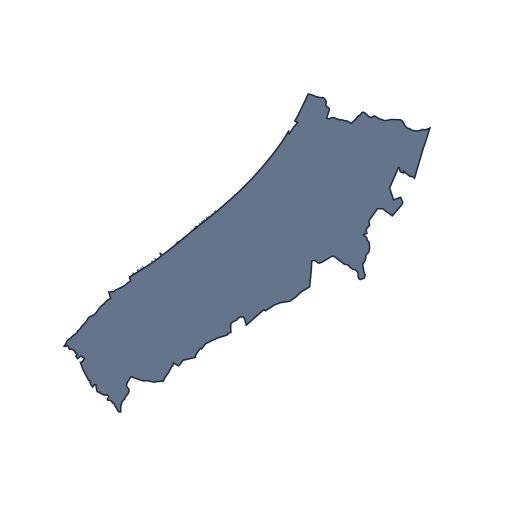 outline of Santiago De Tolú, Sucre, Colombia, rotated 37°
{"feature_id": "7082276B38303278930766", "entity_name": "Santiago De Tolú", "entity_type": "district", "adm_level": 2, "iso_a3": "COL", "parent_name": "Colombia", "parent_adm1": "Sucre", "projection": "equal_earth", "projection_center": [-75.564, 9.531], "detail": "fine", "context": "isolated", "style": "filled", "palette": "slate", "viewbox_px": 512, "rotation_deg": 37, "n_neighbors": 0, "source": "geoboundaries", "source_scale": "gbopen_adm2", "svg_char_len": 6072}
<svg xmlns="http://www.w3.org/2000/svg" viewBox="0 0 512 512"><g transform="rotate(37 256 256)"><path d="M157.1,443.5L158.8,442.6L159.0,441.3L159.7,440.9L160.6,441.2L163.0,442.8L163.4,442.7L164.6,441.3L165.7,441.4L166.1,441.1L167.5,441.0L168.1,441.3L169.0,441.2L169.4,441.8L170.1,442.1L171.6,441.9L172.4,442.1L172.3,444.4L175.2,445.4L176.6,441.1L180.8,441.1L180.9,445.6L179.7,446.6L185.2,450.2L188.0,451.7L196.3,455.6L197.8,456.0L198.3,455.5L199.4,456.8L202.2,458.4L204.3,459.0L204.5,457.4L204.3,455.8L205.8,455.2L206.6,456.3L210.1,459.5L210.8,459.8L211.6,459.8L212.5,459.2L213.4,459.1L214.7,459.4L215.8,458.9L217.6,458.7L218.8,458.2L220.9,456.6L222.0,456.3L222.9,456.8L223.1,457.2L223.3,459.4L223.8,460.4L224.6,460.3L226.4,459.1L228.4,458.8L229.3,459.6L232.5,459.5L233.8,460.7L234.7,460.8L239.2,462.9L240.5,462.9L241.8,461.9L238.7,457.8L237.0,453.5L236.9,451.8L237.1,449.0L236.6,446.2L236.7,442.6L236.3,441.3L235.7,439.8L234.7,438.9L233.5,438.5L231.9,438.3L230.3,437.1L229.3,434.3L229.1,430.4L228.6,427.8L240.9,423.7L244.5,420.9L251.2,417.7L252.1,416.3L257.3,411.7L256.4,407.7L256.3,400.7L255.4,397.1L255.3,393.0L255.0,392.0L254.4,391.0L260.4,390.3L260.5,383.2L268.7,373.4L267.5,371.8L267.0,363.5L268.5,363.0L268.5,356.6L274.4,345.0L280.8,336.1L280.1,334.8L281.9,332.0L278.9,328.5L276.5,324.9L277.1,322.8L279.2,318.7L279.0,317.2L279.8,314.7L281.9,312.4L284.7,313.0L289.8,317.1L294.6,294.2L296.4,294.2L299.3,286.8L299.8,284.6L303.6,278.6L310.2,271.9L312.5,264.8L313.4,258.4L317.4,248.2L308.1,233.1L303.5,226.3L304.6,225.0L305.9,224.1L307.1,224.0L309.3,224.3L310.9,223.6L312.7,220.7L316.2,211.7L317.3,210.0L318.0,209.6L319.5,209.3L331.1,209.4L332.2,209.1L334.2,207.9L335.9,207.9L338.4,208.5L341.4,208.3L343.6,207.3L344.7,207.2L346.8,207.7L347.7,208.2L350.0,211.1L351.7,212.1L352.9,212.3L353.6,212.0L355.1,209.4L355.8,208.8L355.1,206.3L354.3,205.3L351.6,203.6L350.3,202.5L350.2,202.0L347.4,199.7L346.2,198.4L345.9,196.8L346.0,195.2L345.6,193.3L344.5,190.9L343.5,189.4L343.4,188.9L343.8,185.1L343.3,183.8L341.6,180.8L338.0,176.9L335.7,176.6L333.2,174.6L329.2,174.5L329.4,173.3L330.6,171.9L330.9,171.0L329.7,170.2L328.1,168.4L327.9,167.3L328.3,163.4L328.1,162.9L325.0,160.1L324.6,145.1L329.3,141.7L330.7,142.1L340.7,141.9L341.6,127.2L341.0,124.9L336.1,122.1L332.1,128.4L321.8,121.2L316.6,99.9L316.7,99.1L317.3,99.2L319.8,101.5L321.0,101.7L322.4,101.6L323.9,100.8L322.9,99.5L330.9,99.8L333.3,98.4L335.8,98.5L324.7,69.2L322.9,63.3L317.9,49.1L315.5,53.2L312.7,54.8L310.7,58.0L309.1,59.5L306.1,61.2L303.1,62.1L302.1,61.7L300.6,62.7L298.6,62.8L295.7,61.9L291.7,60.1L289.6,60.2L282.1,65.4L277.6,70.3L271.6,72.3L266.4,72.8L265.6,73.6L265.0,75.6L263.5,76.6L261.4,76.7L257.4,76.1L255.0,76.6L254.5,77.2L254.3,77.8L254.3,80.8L253.1,83.2L253.3,86.8L252.5,91.3L252.1,92.6L251.3,92.9L247.5,93.3L245.3,94.6L243.0,95.4L240.7,96.9L237.5,98.0L235.3,98.4L233.2,99.8L231.7,102.6L230.9,103.2L230.0,103.3L229.2,102.5L226.7,95.5L226.0,94.4L225.1,94.0L222.7,94.2L221.5,93.8L220.7,93.2L219.8,91.3L219.0,90.3L216.2,89.1L214.2,89.1L212.2,90.8L208.3,92.4L202.5,94.1L200.1,95.2L201.2,99.7L204.9,118.3L205.7,124.8L208.9,124.4L208.6,130.1L208.8,138.3L206.9,137.0L207.7,144.5L208.1,151.8L208.2,166.0L207.4,183.1L206.1,197.7L203.7,215.1L202.8,219.9L202.5,220.2L202.7,220.3L202.2,223.1L201.9,223.3L202.0,224.1L201.2,228.0L201.1,228.6L200.8,229.1L200.7,230.3L200.4,231.6L200.2,231.7L199.7,235.4L199.3,237.2L199.1,237.3L198.9,238.5L198.7,238.6L198.9,239.0L198.4,241.7L197.6,244.6L197.0,244.8L196.0,244.5L197.2,245.1L196.9,247.6L196.6,247.8L196.7,248.3L196.4,248.7L196.6,248.9L196.4,249.8L196.3,250.3L196.0,250.3L196.2,250.6L196.0,250.9L196.1,251.1L195.9,251.5L195.9,251.9L195.7,252.0L195.8,252.5L195.2,252.8L195.5,253.0L195.4,254.0L194.9,253.9L195.3,254.2L195.2,254.8L195.1,255.2L194.7,255.1L195.0,255.4L194.8,256.2L194.4,256.2L194.7,256.7L194.4,257.6L194.1,257.5L194.4,257.8L194.3,258.3L194.1,258.6L193.8,258.6L194.1,259.0L193.9,259.8L193.5,259.7L193.8,260.3L193.6,260.9L193.2,261.0L193.5,261.2L193.4,261.6L193.1,262.1L192.8,262.0L193.1,262.7L192.9,263.2L192.6,263.3L192.8,263.7L192.5,264.5L192.2,264.5L192.5,264.8L192.2,265.8L191.7,265.7L192.1,266.0L191.6,268.1L191.2,268.2L191.6,268.4L191.5,268.9L190.6,269.3L191.2,269.9L191.1,270.5L190.6,270.6L190.7,271.0L190.9,270.9L190.7,271.7L190.3,271.6L190.5,272.3L190.3,273.4L190.0,273.8L189.7,273.9L189.9,274.4L189.2,277.3L188.6,281.4L188.3,281.9L187.7,281.6L188.3,282.2L187.9,282.8L187.5,282.5L188.1,283.1L187.8,284.0L187.2,283.9L187.7,284.2L187.7,285.3L187.6,285.8L187.2,285.7L187.4,286.3L187.0,286.7L187.1,287.0L186.7,288.3L186.8,288.7L186.3,289.9L186.3,290.6L186.0,290.7L186.0,291.6L185.8,291.6L186.0,291.8L185.9,292.3L185.7,292.7L185.3,292.7L185.6,293.1L185.4,293.9L185.1,293.9L185.3,294.2L185.1,295.1L184.8,295.3L185.0,295.5L184.5,297.1L184.5,297.8L184.0,298.7L184.0,299.6L183.8,299.7L183.9,300.0L183.4,301.8L183.2,301.8L183.2,302.5L181.4,309.2L180.4,311.5L179.8,311.8L179.2,311.7L179.1,312.1L177.1,311.2L179.7,312.5L180.2,313.1L179.4,317.1L178.6,319.1L178.4,319.5L178.0,319.4L178.3,319.7L178.1,321.1L177.6,322.1L177.3,322.0L177.6,322.3L177.3,323.1L176.7,323.2L177.1,323.5L177.0,324.2L175.7,327.7L175.2,327.6L175.6,327.9L175.4,328.9L174.8,328.7L175.2,329.1L174.8,330.5L174.4,331.1L173.9,330.9L174.4,331.3L174.2,331.9L173.7,333.3L173.1,333.2L173.6,333.7L172.9,335.6L172.3,335.4L172.7,336.0L172.1,337.7L171.5,337.7L171.9,338.0L171.8,338.6L171.3,339.6L170.8,339.4L171.2,340.0L170.9,340.8L170.4,340.6L170.8,341.0L170.3,342.3L170.1,342.3L170.1,343.0L169.7,344.0L169.3,343.9L169.6,344.3L169.1,345.4L168.8,345.3L169.0,345.7L167.8,348.4L167.3,348.3L168.3,349.0L168.2,349.6L168.6,350.0L170.8,351.5L170.2,353.6L169.7,354.6L169.3,357.6L168.3,360.1L164.2,368.1L163.9,370.6L162.0,371.3L161.4,372.0L160.6,373.5L160.3,373.5L165.3,377.3L164.0,380.5L163.6,382.6L163.3,386.2L162.2,390.0L162.4,396.2L162.3,399.8L160.6,403.0L160.1,403.6L159.3,406.3L159.8,410.2L159.7,413.4L159.1,416.7L159.4,420.3L158.7,423.3L158.7,423.9L159.3,424.5L159.3,425.1L157.7,430.2L157.3,433.5L156.2,437.3L156.4,438.8L156.9,440.0L157.1,443.5Z" fill="#64748b" stroke="#1e293b" stroke-width="1.5"/></g></svg>